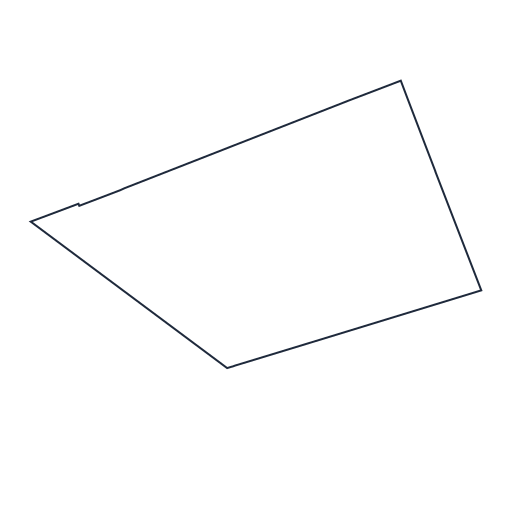 outline of Culberson, Texas, United States of America, rotated 69°
{"feature_id": "52423323B13187380615958", "entity_name": "Culberson", "entity_type": "district", "adm_level": 2, "iso_a3": "USA", "parent_name": "United States of America", "parent_adm1": "Texas", "projection": "orthographic", "projection_center": [-104.545, 31.332], "detail": "fine", "context": "isolated", "style": "outline", "palette": "slate", "viewbox_px": 512, "rotation_deg": 69, "n_neighbors": 0, "source": "geoboundaries", "source_scale": "gbopen_adm2", "svg_char_len": 408}
<svg xmlns="http://www.w3.org/2000/svg" viewBox="0 0 512 512"><g transform="rotate(69 256 256)"><path d="M350.3,323.1L350.6,318.7L350.8,317.2L350.8,314.8L356.3,237.5L368.8,58.0L292.1,58.2L241.4,58.3L241.3,58.2L213.9,58.2L213.3,58.2L162.0,58.1L144.3,58.0L144.2,58.0L144.1,113.4L145.6,354.3L145.9,358.9L145.8,403.0L143.6,403.0L143.2,454.0L350.3,323.1Z" fill="none" stroke="#1e293b" stroke-width="2"/></g></svg>